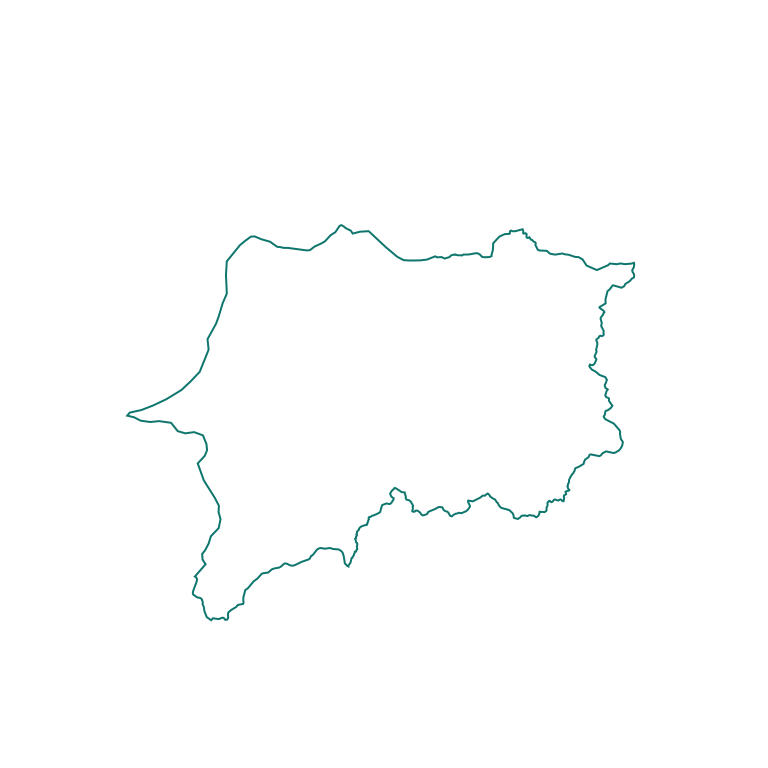 Kuan, Houaphan, Laos, rotated 327°
{"feature_id": "54806243B93999085545465", "entity_name": "Kuan", "entity_type": "district", "adm_level": 2, "iso_a3": "LAO", "parent_name": "Laos", "parent_adm1": "Houaphan", "projection": "robinson", "projection_center": [104.43, 19.795], "detail": "fine", "context": "isolated", "style": "outline", "palette": "teal", "viewbox_px": 768, "rotation_deg": 327, "n_neighbors": 0, "source": "geoboundaries", "source_scale": "gbopen_adm2", "svg_char_len": 6166}
<svg xmlns="http://www.w3.org/2000/svg" viewBox="0 0 768 768"><g transform="rotate(327 384 384)"><path d="M659.6,418.5L657.1,417.8L651.3,414.7L648.0,411.7L644.6,410.4L639.1,406.0L636.6,406.4L624.6,404.4L618.4,395.0L618.4,387.7L616.3,383.6L613.5,381.5L609.3,376.2L606.4,373.8L604.5,371.6L598.2,368.8L597.1,367.9L594.2,365.1L593.3,361.7L592.7,360.7L587.5,357.0L586.3,355.7L586.1,355.1L586.7,349.8L587.7,348.9L588.1,347.9L587.0,345.9L586.7,343.9L585.8,342.9L585.8,340.1L584.4,340.0L583.5,339.0L583.7,338.1L585.3,335.8L584.8,334.6L583.0,333.9L582.8,333.4L584.1,331.5L584.5,329.7L577.2,327.3L575.1,326.0L574.1,324.5L572.7,324.6L571.9,325.9L571.0,326.4L567.0,324.1L561.2,323.2L552.3,325.4L548.3,330.9L544.7,334.1L543.9,335.3L541.7,335.0L537.4,332.5L535.5,330.8L535.0,327.8L533.8,325.5L532.2,324.3L525.7,321.6L520.9,318.6L519.7,318.8L515.6,315.9L514.3,314.1L513.6,314.3L512.8,313.4L510.3,312.7L507.9,313.2L503.2,311.8L501.4,308.9L497.7,306.8L496.4,304.8L487.9,303.1L481.6,300.0L472.6,294.3L467.8,290.7L464.4,284.5L460.1,270.4L454.4,247.5L446.8,243.2L439.7,240.8L439.7,237.4L436.9,232.6L435.9,229.6L434.7,227.5L432.9,227.2L425.8,230.2L420.4,230.1L412.2,232.2L407.9,232.0L400.7,230.9L394.8,231.4L392.1,230.0L377.5,217.5L373.9,215.1L371.9,213.0L369.1,210.7L365.9,202.6L360.0,195.8L355.9,189.8L352.6,187.9L344.6,188.4L338.8,189.1L319.0,195.5L310.9,206.4L301.4,222.6L292.8,228.3L282.3,237.2L276.1,241.9L260.4,250.3L255.6,259.7L236.1,273.4L223.2,276.5L210.8,278.7L193.1,278.2L178.3,276.2L166.4,273.7L155.2,269.5L151.4,270.7L156.2,275.7L159.9,282.2L167.3,288.6L175.1,292.6L184.3,300.6L185.3,311.1L190.4,317.1L198.6,321.0L204.2,328.5L202.4,337.6L199.6,343.1L194.6,346.6L184.5,349.2L180.4,366.7L180.1,387.2L179.2,396.3L175.5,401.3L173.3,408.3L166.9,414.8L155.9,417.4L149.9,422.4L143.5,426.0L138.9,427.5L136.2,432.5L136.2,438.0L120.5,442.5L121.1,443.8L121.0,445.7L119.5,447.5L111.4,453.5L109.8,455.2L109.3,456.6L111.1,461.2L113.1,463.1L114.0,464.8L113.2,468.3L112.0,469.7L111.4,473.0L109.6,476.9L108.4,483.0L110.4,488.0L112.9,487.3L117.3,491.1L121.5,492.1L122.2,493.1L122.5,495.4L124.2,496.2L126.0,495.2L127.9,491.8L129.4,490.7L133.0,490.3L138.5,490.5L141.1,489.7L146.1,491.7L147.3,490.6L148.3,488.5L150.0,486.2L155.4,481.3L158.9,481.1L167.2,478.5L172.2,478.2L177.7,476.6L179.4,476.8L184.0,479.0L188.9,478.4L191.1,478.8L196.3,480.9L198.3,481.0L202.7,480.3L204.4,481.4L206.6,485.1L208.5,486.7L210.7,487.4L218.1,488.3L225.4,490.1L226.7,490.0L229.0,488.6L231.3,488.6L237.5,486.4L239.9,486.4L241.8,487.2L244.5,489.8L249.5,492.2L251.4,494.6L255.8,498.0L256.5,499.2L257.3,501.5L257.4,503.3L256.3,506.8L253.5,513.1L254.1,516.5L254.8,517.7L255.5,516.8L258.6,515.6L261.8,512.5L263.0,512.5L263.6,511.8L265.2,511.4L266.1,510.4L267.4,509.7L268.2,508.8L269.4,509.3L270.5,508.2L271.6,508.0L272.8,505.4L273.9,504.5L274.8,502.8L274.4,501.7L275.3,499.2L275.4,498.1L276.7,498.0L277.5,496.6L278.8,496.4L279.1,496.0L279.0,495.0L280.3,494.2L280.9,493.2L283.7,492.5L284.2,491.8L285.5,491.3L287.0,491.1L290.1,491.7L292.8,492.8L293.2,492.3L293.7,492.3L294.1,491.6L294.7,491.5L296.6,489.7L297.6,489.4L298.1,487.9L298.9,487.5L300.2,488.1L302.3,488.0L303.8,488.6L309.5,489.4L311.1,489.2L316.1,484.8L316.8,484.6L320.9,485.5L323.3,487.7L324.3,487.9L325.9,487.5L329.0,486.1L329.9,485.1L328.9,482.8L329.1,480.2L329.6,479.2L332.1,477.9L336.5,477.0L337.6,478.8L340.0,484.4L342.3,486.2L341.3,488.9L341.1,490.2L340.1,491.3L339.9,492.4L339.9,493.1L341.7,495.2L342.4,497.0L342.2,500.9L341.9,502.3L341.1,502.6L340.5,504.1L338.4,506.0L338.4,506.4L339.9,507.7L341.4,507.4L343.1,508.4L344.2,511.3L344.4,514.3L345.0,515.4L348.9,516.5L349.7,516.4L351.1,515.5L352.6,515.5L358.3,516.6L363.0,517.0L365.7,519.1L365.5,522.3L365.9,523.5L367.5,525.6L367.9,526.8L367.7,530.6L368.5,531.7L369.2,532.0L370.4,531.6L373.5,531.8L374.9,532.5L376.5,532.7L378.8,534.6L383.7,535.4L386.1,535.0L388.8,533.9L389.7,533.1L390.2,529.1L390.7,527.9L391.2,527.7L394.6,530.8L402.8,531.7L406.0,531.4L408.1,532.7L409.6,532.3L411.4,532.4L411.9,534.1L411.8,536.3L412.9,539.1L414.2,541.4L414.2,544.9L414.6,545.6L414.3,547.8L414.5,550.7L414.9,551.7L416.7,553.9L419.0,556.2L419.2,556.9L420.3,557.7L421.5,562.4L421.1,564.7L420.2,566.6L420.2,567.3L422.8,570.1L425.3,570.1L427.3,569.5L429.0,570.0L429.8,570.8L430.6,570.9L432.2,572.8L434.4,573.1L438.2,576.4L438.8,578.3L439.3,578.8L441.9,578.5L443.6,577.4L444.9,575.9L448.9,578.9L450.7,578.9L451.6,578.4L452.9,576.3L455.2,574.8L456.2,572.9L456.8,572.4L459.0,572.0L459.5,572.4L459.6,573.6L460.1,574.3L461.2,574.5L463.5,573.7L464.3,573.8L466.6,576.6L468.9,576.8L469.6,577.4L469.9,579.3L470.4,580.0L470.8,580.1L473.2,577.6L473.3,576.6L474.0,575.7L474.7,575.4L475.9,575.7L476.9,575.5L477.5,573.3L478.3,573.2L481.1,574.1L481.7,573.9L481.5,572.1L482.1,569.7L483.2,569.1L483.6,568.3L485.7,567.1L486.8,565.4L489.2,563.8L493.0,562.0L494.3,561.9L495.1,561.2L496.6,560.6L497.8,559.3L498.7,558.9L502.3,559.5L507.9,559.7L509.6,558.1L511.6,556.9L515.6,556.8L517.6,555.5L518.4,555.4L519.1,555.7L525.3,561.8L527.1,561.9L529.6,561.1L533.6,561.5L538.8,566.8L540.6,567.5L544.7,567.7L547.2,567.0L550.2,565.4L552.7,562.8L552.7,559.2L554.7,554.3L555.8,553.1L556.4,551.2L555.2,542.4L551.0,535.1L550.4,533.5L550.4,531.2L550.7,530.8L552.4,530.1L554.3,528.0L555.4,527.3L557.3,527.9L561.0,527.7L563.7,526.6L563.5,520.9L563.8,520.0L564.6,519.2L564.7,518.1L563.3,516.2L563.3,514.1L566.6,511.3L568.7,510.4L567.7,508.1L568.0,506.2L568.7,504.9L570.1,504.3L573.2,501.9L573.3,498.7L569.7,493.8L568.3,489.1L566.1,484.9L565.8,481.2L566.4,480.4L567.3,479.9L568.8,481.6L570.1,481.9L571.7,481.6L575.4,479.2L575.7,478.5L575.4,476.1L576.1,475.1L579.9,472.7L580.4,471.0L584.4,467.1L585.4,465.4L585.9,462.9L586.5,462.3L589.3,462.1L590.3,461.3L591.7,461.3L592.6,462.4L593.9,462.7L594.7,462.6L595.3,462.1L596.1,460.3L597.2,459.1L597.7,453.7L599.9,451.4L601.2,447.2L602.1,446.3L605.7,445.1L606.4,444.2L608.0,443.8L608.1,442.3L606.4,437.9L606.3,437.3L606.7,436.9L613.8,437.1L615.8,433.7L622.0,427.9L625.1,427.5L628.9,426.0L629.8,426.0L630.7,426.9L635.6,432.6L638.6,432.8L641.1,431.5L646.3,431.6L648.8,430.7L651.7,430.7L652.9,429.3L653.5,427.8L653.5,425.7L654.1,423.8L657.3,422.0L659.2,419.6L659.6,418.5Z" fill="none" stroke="#0f766e" stroke-width="2"/></g></svg>